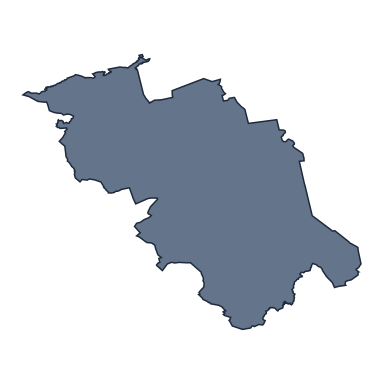 Rubenes pag., Jekabpils, Latvia
{"feature_id": "27541924B32922807778948", "entity_name": "Rubenes pag.", "entity_type": "district", "adm_level": 2, "iso_a3": "LVA", "parent_name": "Latvia", "parent_adm1": "Jekabpils", "projection": "natural_earth1", "projection_center": [26.013, 56.162], "detail": "fine", "context": "isolated", "style": "filled", "palette": "slate", "viewbox_px": 384, "rotation_deg": 0, "n_neighbors": 0, "source": "geoboundaries", "source_scale": "gbopen_adm2", "svg_char_len": 5822}
<svg xmlns="http://www.w3.org/2000/svg" viewBox="0 0 384 384"><path d="M47.4,86.9L47.2,87.8L46.1,87.3L45.9,87.5L46.3,88.6L44.9,89.1L44.8,89.4L45.3,89.9L46.2,90.1L45.2,90.6L45.1,91.2L44.2,91.5L43.2,91.3L41.9,91.7L41.2,92.1L41.2,92.5L38.9,94.1L37.7,93.4L36.5,93.1L31.2,93.2L29.0,91.9L28.2,91.7L26.3,92.5L23.0,94.9L29.3,96.7L37.8,101.4L44.8,102.2L46.6,102.0L47.8,105.0L49.4,110.6L53.5,112.3L56.6,113.0L61.5,113.4L63.4,115.0L67.3,114.1L70.0,114.4L73.5,116.1L72.9,118.3L72.5,118.6L71.4,118.6L71.2,119.8L70.7,121.1L69.5,121.8L69.2,123.1L67.9,123.2L66.2,122.4L64.2,123.4L63.4,123.2L63.2,121.5L61.9,120.5L58.8,120.6L58.4,119.9L58.0,120.3L58.1,121.8L57.6,122.3L57.6,123.6L56.3,124.1L57.2,125.6L56.3,126.4L57.9,127.6L59.1,127.5L60.0,128.4L66.7,128.0L67.0,128.8L66.7,129.7L66.0,130.1L64.7,131.5L65.5,132.8L62.7,137.6L59.3,141.3L61.7,143.6L64.8,146.1L66.0,155.9L66.2,157.0L67.6,159.2L67.4,161.1L69.1,162.4L71.2,165.5L71.5,166.3L73.4,167.9L74.4,169.7L74.8,170.6L74.4,171.2L75.0,171.5L74.4,174.4L75.3,177.9L80.0,181.9L82.1,179.5L87.2,180.1L89.4,179.0L94.7,179.9L100.9,182.0L104.0,187.0L103.7,187.4L105.8,189.4L106.3,190.4L107.9,191.5L108.3,192.9L111.5,193.0L114.0,192.5L114.6,192.3L115.6,191.3L117.8,191.2L119.8,190.4L121.4,189.4L129.4,187.8L133.2,198.4L135.7,203.9L147.8,198.6L150.2,198.1L153.5,198.0L156.0,198.1L157.5,198.4L157.6,199.2L150.5,206.7L148.3,211.3L147.8,212.9L148.6,214.1L150.0,214.6L151.3,215.6L148.9,217.6L144.1,219.6L140.6,222.2L136.6,223.3L134.5,226.5L140.2,232.8L136.6,235.9L139.0,236.8L146.7,242.5L151.7,243.0L154.9,245.3L155.5,248.3L157.9,254.8L161.4,257.6L158.8,258.4L159.8,262.4L158.0,263.1L156.5,265.0L156.6,265.4L162.4,270.6L167.3,264.0L171.0,262.5L172.8,262.4L174.4,263.0L179.2,262.4L186.9,262.8L190.4,262.7L190.4,262.9L191.8,263.9L201.2,272.2L201.5,274.0L203.3,277.8L203.3,280.2L203.0,280.8L203.8,282.1L204.1,283.2L203.9,285.9L203.6,287.4L201.8,289.1L199.0,292.3L199.9,294.1L198.6,294.5L202.3,298.1L203.1,299.5L207.1,301.3L208.6,302.6L209.7,302.5L210.7,303.8L218.9,305.3L222.7,307.4L222.8,308.0L225.7,310.8L223.6,311.4L223.1,311.9L224.9,313.1L223.3,314.5L224.6,315.5L230.7,317.4L230.4,318.4L229.1,320.5L229.4,320.6L232.3,326.0L242.5,329.4L250.6,328.0L252.3,325.9L252.9,325.8L254.4,326.6L258.8,324.5L262.7,325.0L264.1,323.1L265.2,320.6L263.7,320.0L262.9,319.1L263.0,317.3L263.4,317.1L264.3,315.7L264.4,314.9L266.2,313.6L266.4,313.1L265.9,311.1L267.4,310.8L268.4,309.7L269.0,309.5L269.1,309.1L269.5,308.8L269.2,308.6L269.7,308.2L269.6,307.8L270.9,307.4L271.6,307.8L272.5,307.5L273.0,307.9L273.3,307.7L275.0,308.2L277.2,310.6L277.9,310.9L278.8,309.5L282.7,308.0L283.2,305.9L282.7,305.3L282.8,304.9L283.5,304.7L283.5,304.2L284.4,304.3L284.5,303.8L285.0,303.5L284.3,303.3L284.4,303.0L283.7,302.6L284.4,302.1L284.6,301.5L285.3,301.6L285.3,302.1L285.5,302.2L285.2,302.6L285.7,302.9L285.6,303.2L286.6,303.3L286.7,303.1L287.3,303.1L287.2,303.3L287.5,303.6L288.3,304.0L288.6,303.6L289.8,303.6L289.8,303.4L290.0,303.3L290.0,304.0L291.3,304.8L291.7,304.2L292.1,304.2L292.3,303.6L292.7,303.5L292.6,302.7L293.0,302.2L292.9,302.0L294.0,300.9L293.8,300.5L294.2,299.0L294.0,298.2L294.5,297.4L293.8,296.0L294.9,294.4L294.9,294.0L294.1,293.8L292.8,292.5L293.2,291.8L293.1,291.3L292.5,290.7L292.0,289.6L292.7,288.9L292.8,288.3L293.7,287.8L293.4,285.4L294.3,284.1L294.2,283.4L294.6,281.8L296.2,280.6L296.9,279.4L297.5,279.1L298.3,279.2L299.2,277.4L302.0,276.7L301.7,276.4L302.1,275.9L301.1,275.4L301.0,275.0L300.3,274.7L299.8,274.2L300.4,273.8L301.1,272.4L302.6,272.3L303.6,272.8L304.4,272.2L304.7,271.6L306.7,271.1L307.7,271.2L310.2,270.4L310.2,269.5L310.6,268.8L310.4,268.2L311.2,267.3L311.5,266.6L311.4,265.8L312.6,263.5L316.2,264.6L318.7,266.7L320.1,267.0L321.7,268.4L322.6,270.6L326.7,276.8L332.3,282.5L334.5,287.5L338.6,286.4L345.8,285.3L345.2,284.4L345.1,283.4L345.6,281.8L346.3,281.1L351.3,279.8L358.0,275.0L358.2,271.7L358.5,271.7L356.1,269.7L356.4,269.1L358.5,267.7L361.0,263.9L358.4,251.7L357.9,248.5L358.1,248.0L357.6,247.2L349.6,242.8L348.8,241.8L334.8,230.7L332.6,231.1L312.2,215.7L304.8,184.9L304.5,184.3L299.3,161.3L304.1,160.8L303.9,159.1L304.1,158.8L302.7,153.4L293.8,147.4L292.9,145.9L292.9,145.4L294.2,144.4L294.4,143.5L294.2,142.9L292.7,141.0L288.7,139.1L287.7,139.6L286.6,141.0L285.8,141.6L284.1,141.7L282.3,140.7L281.3,137.0L281.5,136.6L283.2,135.5L283.2,134.5L284.9,133.0L285.4,132.2L285.2,131.8L285.2,131.0L283.7,130.1L279.2,129.9L276.8,119.7L248.4,123.4L244.9,109.5L243.0,107.8L241.5,106.9L236.9,102.0L234.6,97.7L234.1,97.4L229.3,98.3L227.6,100.4L223.4,100.9L222.1,95.5L222.9,95.4L225.5,93.8L223.4,91.7L222.5,89.8L221.7,88.8L221.5,86.6L219.2,84.9L218.2,84.6L219.1,83.7L219.9,82.1L220.4,79.3L212.1,81.6L203.7,78.6L172.1,90.7L172.3,95.0L172.7,97.4L161.4,99.8L154.4,100.2L151.5,102.0L150.6,102.2L150.7,102.4L149.4,103.1L148.0,100.8L145.9,98.4L143.5,94.4L137.4,69.9L136.3,69.7L136.7,68.8L135.2,67.9L138.6,65.3L138.9,64.3L140.8,63.5L141.1,64.0L142.5,63.4L142.2,62.6L143.2,62.2L143.4,62.5L148.2,61.4L149.5,59.8L149.7,58.7L148.9,58.8L146.1,60.2L141.3,57.5L143.1,56.6L142.3,54.6L139.1,55.3L139.0,55.6L140.5,57.4L138.8,57.8L138.5,58.4L139.2,59.3L136.7,61.3L137.2,61.7L132.6,64.2L132.0,65.0L130.1,66.1L127.9,68.0L125.0,67.3L124.6,67.6L119.9,67.0L108.3,69.2L108.4,69.7L110.0,71.1L111.2,71.6L111.1,72.2L108.7,72.8L108.9,73.5L106.7,74.1L105.6,75.3L103.6,75.4L104.1,74.6L103.5,74.1L105.0,72.6L105.0,72.1L104.3,71.7L103.5,72.1L102.3,71.5L101.8,71.9L98.2,72.0L95.3,72.7L95.2,73.1L92.7,73.9L95.1,76.6L94.8,77.3L93.3,78.2L90.7,77.6L86.1,77.6L85.8,78.0L81.6,76.2L78.3,75.2L75.6,74.7L74.9,75.0L74.2,75.8L67.2,78.2L66.7,79.5L66.0,79.8L64.5,79.9L64.0,81.0L62.5,81.1L61.5,81.6L61.3,82.2L60.6,82.7L59.7,82.7L59.5,83.2L57.7,83.4L56.0,84.8L55.3,84.9L55.2,85.3L53.9,85.4L53.3,86.2L52.8,85.9L51.9,86.2L51.1,86.1L51.0,86.4L51.2,86.8L50.5,87.0L48.9,86.7L48.1,87.2L47.4,86.9Z" fill="#64748b" stroke="#1e293b" stroke-width="1.5"/></svg>